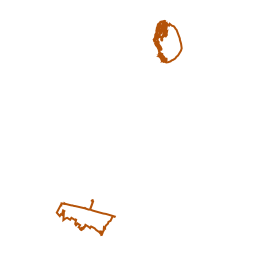 outline of Progreso, Yucatán, Mexico, rotated 26°
{"feature_id": "50627088B147152783463", "entity_name": "Progreso", "entity_type": "district", "adm_level": 2, "iso_a3": "MEX", "parent_name": "Mexico", "parent_adm1": "Yucatán", "projection": "orthographic", "projection_center": [-89.747, 21.878], "detail": "fine", "context": "isolated", "style": "outline", "palette": "amber", "viewbox_px": 256, "rotation_deg": 26, "n_neighbors": 0, "source": "geoboundaries", "source_scale": "gbopen_adm2", "svg_char_len": 5729}
<svg xmlns="http://www.w3.org/2000/svg" viewBox="0 0 256 256"><g transform="rotate(26 128 128)"><path d="M154.9,213.4L145.8,214.9L143.3,215.7L136.3,217.0L132.4,217.7L129.7,217.9L129.5,215.6L128.8,209.2L128.2,208.8L127.3,208.7L127.0,208.9L127.3,208.7L127.3,209.2L128.1,209.3L128.3,209.1L128.7,209.2L128.8,209.7L128.7,209.8L128.1,209.8L128.5,209.8L128.5,210.0L128.8,210.1L129.6,217.9L128.9,218.4L128.2,218.6L125.4,219.0L125.2,219.0L125.2,218.8L124.3,218.7L124.0,219.2L114.9,221.3L113.8,221.7L111.9,222.0L111.0,222.4L104.7,223.7L104.0,223.6L104.2,224.1L101.3,224.9L101.8,226.4L101.4,226.3L101.1,235.3L105.3,237.1L105.5,234.9L106.7,235.0L105.8,230.5L107.2,230.6L107.1,231.3L110.3,239.1L111.6,236.6L112.7,235.4L116.2,235.8L116.5,233.5L120.6,233.9L120.9,233.2L121.6,233.2L122.6,237.4L123.6,238.0L123.6,237.5L124.2,237.6L124.4,235.9L127.5,236.3L127.2,238.9L129.3,239.1L129.4,239.8L130.3,239.7L130.3,240.1L130.8,240.2L131.1,239.9L131.2,238.9L130.3,238.7L130.3,238.1L131.3,238.0L131.3,237.8L132.0,237.9L131.7,236.6L132.4,236.5L132.6,235.3L132.3,235.3L132.2,233.7L136.2,234.1L137.8,234.6L138.0,232.7L140.4,232.7L142.1,232.8L144.0,233.6L148.0,234.2L148.8,234.6L148.9,234.2L149.8,234.5L148.7,233.0L149.3,232.8L149.4,233.3L149.7,233.2L150.5,234.4L149.9,234.5L150.9,235.9L151.3,235.6L151.3,235.2L151.0,232.4L151.1,230.3L150.6,229.7L149.9,227.8L151.3,228.1L151.0,227.5L150.8,226.3L150.9,225.3L151.9,222.8L151.6,221.0L153.0,219.1L152.9,214.0L154.9,213.7L154.9,213.4ZM122.5,16.8L119.8,16.1L119.9,18.0L118.5,17.7L117.7,17.2L117.3,17.9L116.7,17.3L116.4,16.7L115.5,16.9L114.2,19.7L114.4,20.1L115.0,20.6L115.0,21.0L114.7,21.1L112.6,21.5L111.6,21.9L111.8,22.4L111.8,23.2L112.0,23.4L111.9,24.5L112.2,24.8L112.6,24.3L112.2,22.8L112.5,22.1L113.4,22.0L113.7,22.7L114.0,22.9L115.2,22.4L115.4,21.8L115.7,21.6L115.6,21.0L116.0,19.7L115.8,18.6L116.2,17.8L116.7,20.6L116.3,23.6L116.9,25.4L117.3,25.7L117.0,23.9L117.1,22.9L117.5,21.7L118.0,21.0L118.0,19.8L118.3,19.4L119.0,22.3L119.0,23.2L119.4,24.7L119.7,24.2L119.7,23.4L120.1,23.6L120.3,23.4L120.5,23.5L120.5,24.6L120.7,25.4L121.0,25.7L121.1,25.3L121.4,26.4L122.1,27.3L121.8,29.0L121.3,28.8L120.7,28.9L119.7,30.6L119.3,31.7L119.3,32.4L120.2,33.9L120.1,34.5L119.9,34.5L119.5,33.8L119.1,33.9L118.9,32.6L118.3,32.5L117.8,31.7L117.1,32.2L116.2,31.2L115.8,31.2L115.7,32.2L115.1,31.3L114.8,31.3L114.7,32.9L114.9,33.5L116.0,36.0L117.1,37.0L116.8,37.4L116.0,37.8L115.9,38.2L116.5,38.1L117.6,37.3L117.9,37.3L118.5,38.9L119.5,39.6L121.8,40.8L123.5,42.3L123.6,43.0L122.8,43.4L121.9,42.6L120.5,42.6L121.1,42.3L120.2,42.1L119.0,40.9L118.7,41.0L119.0,41.4L118.9,41.6L118.1,41.9L119.3,42.5L120.4,43.5L120.9,43.6L121.6,44.6L122.6,45.1L122.4,45.6L123.4,46.3L123.4,46.7L123.1,46.7L123.1,47.4L124.2,48.3L124.3,49.0L123.8,49.3L124.6,49.6L125.1,49.3L125.4,48.8L125.1,47.3L124.6,46.8L124.6,46.5L125.4,46.6L126.1,46.5L126.1,46.9L126.6,47.1L127.0,47.7L127.5,47.6L128.1,48.2L129.0,48.2L129.5,48.8L130.2,49.1L129.5,49.6L128.0,50.1L128.7,50.5L129.3,50.5L129.7,50.0L130.4,49.7L130.6,49.2L131.9,49.0L133.0,48.6L132.3,49.3L130.5,49.8L130.1,50.2L130.0,50.7L130.7,51.1L132.7,50.4L132.9,50.5L132.7,51.1L131.0,51.6L130.2,52.9L131.0,53.0L131.8,52.4L133.7,52.3L135.3,51.2L137.1,49.4L137.5,48.2L138.5,47.2L140.0,44.8L140.3,42.8L141.1,41.1L141.3,39.8L141.7,35.2L141.3,32.8L138.6,28.8L136.0,26.0L135.3,24.8L128.6,18.5L127.0,17.9L126.3,17.3L124.5,16.5L122.5,16.8ZM112.1,30.0L113.1,30.2L112.8,29.6L111.4,27.2L110.9,23.8L110.4,23.0L110.6,21.9L110.1,20.8L109.8,20.8L109.6,21.2L109.6,22.3L110.0,23.6L110.1,25.6L110.4,26.2L110.9,28.3L112.1,30.0ZM113.8,36.6L114.0,34.0L113.8,33.4L113.1,32.3L111.7,30.6L111.6,32.1L113.3,34.8L112.5,34.5L113.0,35.9L112.5,35.9L112.4,36.1L113.0,36.8L114.1,37.3L113.8,36.6ZM116.2,25.9L115.9,25.9L115.3,26.4L115.3,27.2L114.7,27.3L115.0,29.1L115.7,28.3L115.6,27.4L116.2,27.7L116.1,26.8L116.4,26.3L116.2,25.9ZM127.4,50.1L126.3,49.8L126.3,49.1L126.1,48.6L125.9,48.8L125.9,49.7L125.6,50.0L125.6,50.3L126.8,50.9L127.6,51.0L127.3,50.4L127.4,50.1ZM114.0,19.7L114.3,18.1L114.8,17.1L114.5,16.4L113.9,17.4L113.9,18.3L113.6,18.8L114.0,19.7ZM118.9,30.7L119.3,30.8L119.5,29.8L119.3,28.9L119.0,28.6L118.7,29.9L118.9,30.7ZM118.7,27.8L118.9,27.4L118.8,26.5L118.9,25.0L118.7,24.5L118.2,26.3L118.5,27.8L118.7,27.8ZM129.3,52.4L128.6,51.5L127.8,51.4L127.9,51.9L128.5,52.2L129.1,53.0L129.4,52.9L129.9,52.1L129.6,52.1L129.3,52.4ZM113.9,38.1L112.9,37.3L112.6,37.5L113.7,38.7L114.4,38.7L114.5,38.3L113.9,38.1ZM116.7,40.7L115.4,40.0L114.7,40.1L116.1,40.6L116.9,41.4L117.7,41.1L117.8,40.8L116.7,40.7ZM113.4,26.9L113.6,25.7L113.3,25.1L113.0,25.1L112.9,26.3L113.4,26.9ZM113.9,21.2L113.6,21.0L112.4,21.1L111.6,21.0L110.9,21.2L111.3,21.7L112.8,21.2L113.9,21.2ZM119.7,26.5L120.0,25.6L119.7,25.1L119.4,25.3L119.4,26.2L119.5,26.4L119.7,26.5ZM117.7,41.6L118.8,41.5L118.2,41.0L117.5,41.3L117.7,41.6ZM113.7,17.2L113.8,17.1L114.2,15.8L113.8,15.8L113.6,16.1L113.7,17.2ZM110.7,20.8L111.0,20.5L110.8,19.6L110.5,19.3L110.4,20.2L110.5,20.7L110.7,20.8ZM120.7,28.7L120.8,28.0L120.1,27.2L120.4,28.6L120.7,28.7ZM115.4,31.0L115.8,30.3L115.4,29.3L115.2,29.6L115.4,31.0ZM118.2,22.9L118.3,22.1L118.1,21.6L117.9,21.7L117.8,22.7L117.9,23.0L118.2,22.9ZM115.3,25.1L115.4,24.6L114.9,23.8L115.0,24.9L115.3,25.1ZM118.2,39.5L118.1,39.2L117.8,39.1L117.4,39.2L117.1,39.5L117.3,39.8L117.6,39.6L118.2,39.5ZM118.5,21.5L118.4,22.6L118.5,23.1L118.8,21.7L118.5,21.5ZM125.4,49.9L125.8,49.2L125.6,48.8L125.4,49.5L124.9,50.0L125.4,49.9ZM111.7,18.9L111.7,17.7L111.4,18.0L111.7,18.9ZM115.5,23.7L115.9,23.5L115.6,23.3L115.4,22.8L115.2,23.3L115.5,23.7ZM130.1,52.2L130.6,51.7L130.7,51.4L130.5,51.2L130.3,51.4L130.1,52.2ZM111.4,19.5L111.4,19.1L111.2,18.6L111.0,19.0L111.4,19.5ZM114.4,20.8L114.1,20.5L114.2,20.9L114.8,21.0L114.8,20.8L114.4,20.8Z" fill="none" stroke="#b45309" stroke-width="2"/></g></svg>